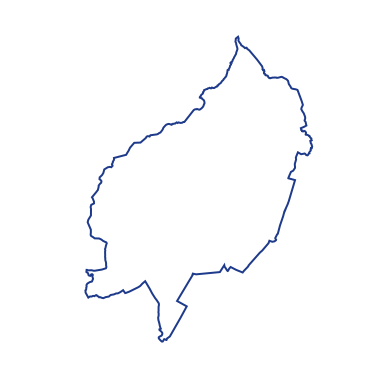 Gherta Mica, Satu Mare, Romania, rotated 341°
{"feature_id": "2599482B13722871342029", "entity_name": "Gherta Mica", "entity_type": "district", "adm_level": 2, "iso_a3": "ROU", "parent_name": "Romania", "parent_adm1": "Satu Mare", "projection": "orthographic", "projection_center": [23.217, 47.934], "detail": "fine", "context": "isolated", "style": "outline", "palette": "blue", "viewbox_px": 384, "rotation_deg": 341, "n_neighbors": 0, "source": "geoboundaries", "source_scale": "gbopen_adm2", "svg_char_len": 5958}
<svg xmlns="http://www.w3.org/2000/svg" viewBox="0 0 384 384"><g transform="rotate(341 192 192)"><path d="M286.1,60.2L283.4,61.2L282.7,62.8L282.2,63.6L282.0,64.1L282.2,65.5L281.9,67.0L281.7,71.0L281.3,72.0L279.2,74.6L278.7,75.7L275.4,78.6L275.0,79.2L273.5,80.4L272.9,81.4L271.8,81.8L271.7,82.3L271.3,82.0L270.4,82.4L270.3,82.7L270.5,84.0L270.4,84.2L269.1,85.0L268.3,86.4L267.4,87.2L266.9,87.8L266.6,88.0L266.4,88.4L265.9,88.1L265.3,88.3L264.5,90.0L263.6,91.5L262.8,92.4L262.5,93.2L261.9,93.6L261.5,94.1L260.5,94.5L259.5,95.3L258.8,95.5L258.0,96.3L256.5,96.9L254.7,98.3L252.5,98.9L251.8,99.5L250.9,99.5L250.7,99.6L250.6,100.2L250.3,100.4L249.0,100.4L246.8,100.9L246.4,100.7L245.8,100.6L244.9,99.8L244.7,99.7L243.7,100.2L242.5,99.2L241.6,99.4L240.7,99.2L239.9,99.6L239.1,99.4L238.0,99.6L236.8,99.5L235.7,100.9L235.3,100.9L234.7,101.5L234.7,102.0L233.9,102.7L232.7,103.0L231.5,103.9L231.3,104.4L230.4,104.7L230.2,105.0L230.1,105.3L231.2,106.2L231.8,106.5L232.0,107.4L233.0,108.9L233.1,109.4L233.1,110.6L232.8,112.0L232.5,112.5L231.9,112.9L231.0,114.2L230.1,115.0L228.5,115.9L226.7,116.5L226.0,116.6L225.6,116.5L223.7,115.1L223.1,115.2L222.0,114.8L220.3,115.1L207.6,123.3L206.6,123.0L205.3,123.3L203.7,123.0L201.9,121.8L200.9,122.1L200.1,121.2L198.3,121.8L197.5,121.5L196.8,121.6L196.1,121.3L195.5,121.5L194.8,121.3L194.5,121.7L192.8,120.4L191.7,119.9L189.5,120.0L188.6,120.4L186.4,121.6L185.7,122.1L184.5,123.5L181.5,125.5L180.3,125.5L179.0,126.0L177.6,126.1L171.2,124.8L170.0,125.7L169.6,125.3L168.9,125.1L167.9,124.7L166.8,125.1L165.9,125.9L159.4,128.5L153.4,126.7L147.9,129.9L145.3,132.5L143.4,134.0L141.9,135.4L129.3,134.4L129.1,135.5L128.7,135.9L128.5,136.4L127.0,137.6L126.9,138.1L126.4,138.7L125.3,139.7L125.5,140.8L125.4,141.4L124.5,141.7L123.9,142.3L123.6,142.2L122.5,141.5L120.3,141.2L116.4,142.1L114.4,145.1L112.5,146.7L109.5,148.1L108.7,149.7L109.7,151.3L109.9,152.3L109.1,153.7L107.8,154.2L105.9,155.5L105.3,156.9L103.7,159.4L101.0,161.2L95.7,164.4L96.0,165.6L96.2,169.3L95.7,170.4L95.6,170.9L92.6,171.3L91.5,172.8L91.2,173.5L91.0,175.1L88.8,181.3L85.1,184.3L84.1,185.7L83.5,186.8L84.1,194.7L83.1,197.6L82.3,199.3L82.2,200.2L82.4,200.8L84.1,202.9L84.8,204.1L89.0,205.7L89.9,206.5L90.8,207.4L91.9,209.1L93.8,211.1L94.2,211.3L94.6,211.9L94.7,212.3L94.7,212.7L93.1,214.8L92.0,216.7L91.2,217.6L91.0,218.9L90.3,220.4L89.2,223.9L88.9,224.6L88.6,225.4L88.6,226.1L88.1,227.2L87.8,228.8L87.8,230.2L87.4,232.0L86.8,233.6L86.7,234.9L85.8,236.1L81.6,236.0L74.5,234.8L73.5,234.5L71.8,233.4L68.2,232.2L67.5,231.5L67.0,231.3L66.1,233.2L67.2,234.8L67.3,235.4L67.1,236.7L67.2,237.2L68.5,238.2L68.8,238.1L69.6,237.2L70.6,237.1L70.9,237.3L70.8,237.9L71.0,237.9L71.2,238.2L70.5,238.9L70.3,239.4L70.2,241.7L70.0,242.1L68.4,243.9L68.0,244.1L66.4,243.9L65.1,244.1L63.1,244.6L62.0,245.6L61.8,246.0L61.5,247.3L60.8,248.1L60.5,249.2L59.8,250.1L59.2,250.3L59.0,251.3L58.7,252.1L58.7,252.9L59.6,258.1L61.6,257.6L63.2,258.2L64.3,258.0L65.1,258.2L65.9,258.7L67.4,258.3L68.1,258.4L68.4,258.8L68.7,259.7L69.5,260.3L69.9,261.3L70.9,261.5L72.4,262.8L73.6,263.5L76.3,263.3L79.3,263.8L81.5,262.9L84.8,263.4L87.4,263.2L88.1,263.5L89.0,263.7L91.7,263.3L94.9,262.4L95.9,265.8L96.8,265.9L100.3,265.8L110.4,264.5L112.4,264.0L115.4,262.4L118.7,261.1L120.5,269.7L121.3,274.9L122.6,280.4L123.3,282.4L124.3,286.2L124.3,286.8L123.9,288.2L123.0,289.7L121.7,293.5L121.1,294.7L121.0,295.2L121.0,295.7L120.3,297.8L119.0,300.0L118.5,302.5L118.4,305.0L118.0,308.1L117.9,309.7L118.0,311.1L116.5,311.2L116.3,311.8L117.6,314.1L118.0,315.4L117.9,316.2L117.3,317.2L116.4,317.9L113.7,318.3L113.2,318.7L113.0,319.0L113.0,319.8L114.0,322.2L114.8,323.6L115.4,323.8L115.7,323.8L117.8,322.1L118.3,322.3L119.3,323.4L119.7,323.6L120.7,322.4L124.0,321.4L140.2,307.2L149.8,298.4L142.4,290.2L165.2,271.0L165.5,270.4L165.7,270.5L166.3,269.5L169.1,271.2L192.3,276.8L198.7,271.7L198.5,273.2L198.7,274.0L199.0,274.8L199.6,277.6L200.0,278.3L200.5,278.2L201.9,276.8L204.1,275.5L208.4,280.0L213.7,284.6L215.4,283.5L221.0,280.6L221.5,279.9L236.3,271.5L239.4,270.2L247.7,265.3L249.3,263.3L251.7,265.2L253.8,265.5L255.6,265.0L256.0,264.5L255.7,263.5L255.7,262.7L258.8,259.7L259.5,259.5L264.3,252.3L270.2,244.7L272.3,241.6L274.0,239.7L273.8,239.7L278.4,234.8L280.5,232.2L293.3,214.3L287.6,210.4L287.9,209.8L292.1,205.2L294.6,204.8L297.3,202.7L298.3,199.0L300.7,195.6L301.1,194.9L301.3,193.5L302.4,192.0L305.1,189.0L307.5,191.8L311.1,192.3L311.6,193.1L311.9,194.0L312.5,194.6L313.0,194.9L313.4,194.9L314.9,193.7L315.4,193.7L315.3,193.4L315.4,193.1L316.1,192.5L317.7,191.5L317.9,191.2L317.9,190.7L318.8,189.1L319.0,189.2L319.0,189.8L319.3,189.8L319.8,189.2L320.5,187.9L320.4,187.1L320.6,185.8L320.2,184.6L320.4,183.8L320.4,182.8L320.5,182.2L321.2,182.2L322.0,182.1L321.9,181.1L322.3,180.4L322.3,180.2L321.7,179.4L321.5,178.8L321.4,177.4L321.2,177.1L320.8,177.1L320.6,176.5L319.9,175.7L318.2,174.8L318.2,174.5L318.8,173.7L319.1,173.2L319.0,172.1L318.8,171.6L318.5,171.2L317.8,170.7L317.4,170.9L316.7,170.9L315.8,170.3L315.9,169.9L316.0,169.4L315.4,168.8L315.6,168.3L315.7,167.1L319.0,166.9L321.8,166.4L322.0,164.2L322.1,163.8L322.2,162.6L321.7,161.3L321.8,160.9L323.0,159.3L323.4,157.7L323.3,154.1L322.6,151.3L322.3,149.2L322.5,148.8L323.1,147.9L325.0,146.0L325.2,145.6L325.3,141.5L325.0,130.0L324.9,129.8L323.7,128.8L320.5,127.0L319.8,126.3L319.6,125.7L319.5,124.5L318.7,121.5L319.0,118.3L318.8,117.7L318.4,116.8L317.8,115.9L315.4,113.5L315.1,112.9L313.9,112.2L310.8,112.0L309.4,111.7L308.9,111.2L305.9,110.2L304.9,110.0L303.1,109.9L302.7,109.5L302.2,109.5L301.8,108.8L301.5,107.9L301.5,106.9L301.3,106.6L300.4,106.0L300.0,105.9L299.5,105.4L299.7,104.7L299.6,104.4L298.8,103.6L298.7,103.1L298.9,102.5L299.7,101.7L299.8,101.1L299.8,100.2L299.0,100.3L298.8,100.0L298.8,99.3L298.6,99.0L299.1,98.0L299.2,96.0L296.7,88.2L292.3,76.8L290.7,74.4L290.7,73.7L290.6,73.4L290.3,73.2L288.9,73.2L288.1,71.6L286.3,69.2L286.3,68.2L285.2,64.6L285.3,63.6L285.7,62.9L286.1,61.9L286.1,60.2Z" fill="none" stroke="#1e3a8a" stroke-width="2"/></g></svg>